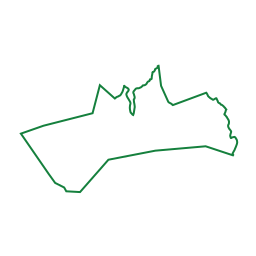 San Pedro, Copán, Honduras, rotated 174°
{"feature_id": "27666195B10717869055207", "entity_name": "San Pedro", "entity_type": "district", "adm_level": 2, "iso_a3": "HND", "parent_name": "Honduras", "parent_adm1": "Copán", "projection": "natural_earth1", "projection_center": [-88.844, 14.614], "detail": "fine", "context": "isolated", "style": "outline", "palette": "green", "viewbox_px": 256, "rotation_deg": 174, "n_neighbors": 0, "source": "geoboundaries", "source_scale": "gbopen_adm2", "svg_char_len": 5116}
<svg xmlns="http://www.w3.org/2000/svg" viewBox="0 0 256 256"><g transform="rotate(174 128 128)"><path d="M235.1,133.6L211.9,91.0L206.2,81.0L197.7,75.5L196.0,71.5L182.4,69.3L150.8,98.5L103.2,102.6L52.7,101.7L25.7,89.5L25.9,89.7L26.0,89.9L26.1,90.1L26.2,90.3L26.4,90.8L26.5,91.2L26.6,91.6L26.6,91.8L26.4,92.0L26.1,92.5L25.9,92.8L25.1,94.0L24.9,94.2L24.6,94.6L24.4,94.9L24.1,95.5L23.5,96.6L22.7,98.0L21.9,99.6L21.3,100.9L21.2,101.2L21.1,101.6L21.0,101.9L20.9,102.3L20.9,102.9L20.9,103.6L21.0,104.5L21.1,104.9L21.2,105.2L21.3,105.4L21.4,105.7L21.7,106.1L21.8,106.2L21.8,106.4L22.0,106.9L22.1,107.2L22.3,107.4L22.5,107.6L22.7,107.8L23.0,107.9L23.1,108.0L23.3,108.0L23.5,108.0L24.3,107.9L24.9,107.8L25.7,107.7L25.9,107.7L26.0,107.6L26.1,107.4L26.3,107.3L26.5,107.3L26.7,107.5L26.8,107.5L26.9,107.8L27.0,108.3L27.1,109.0L27.2,109.4L27.2,109.6L27.1,109.9L26.9,110.6L26.7,111.2L26.6,111.5L26.2,112.3L26.0,112.8L25.9,113.1L25.9,113.4L25.8,113.6L25.8,113.9L25.9,114.1L26.2,114.7L26.6,115.4L27.0,116.1L27.3,116.4L27.5,116.8L27.7,117.3L27.9,117.9L28.0,118.2L28.1,118.4L28.2,118.7L28.2,119.0L28.2,119.4L28.2,119.7L28.2,119.9L28.1,120.2L28.0,120.5L27.9,120.7L27.8,120.9L27.7,121.0L27.5,121.3L27.4,121.4L27.3,121.6L27.2,122.0L27.1,122.3L27.0,122.7L27.0,123.3L26.9,123.7L26.9,124.2L27.0,124.5L27.1,125.0L27.2,125.3L27.3,125.7L28.2,127.5L28.6,128.6L28.8,128.7L29.3,129.6L29.9,130.5L30.2,130.8L30.5,131.1L30.7,131.4L30.7,131.5L30.6,131.8L30.5,132.1L30.3,132.3L30.1,132.6L30.0,132.8L29.6,133.5L29.2,134.4L28.9,135.3L28.8,135.5L28.6,135.7L28.3,136.1L28.6,136.5L28.9,137.0L29.1,137.4L29.5,137.9L29.5,138.1L30.1,138.7L30.3,139.0L30.5,139.4L30.6,139.5L31.8,140.8L32.1,141.0L32.6,141.4L32.8,141.5L33.1,141.5L34.0,142.8L34.1,143.0L34.3,143.1L34.6,143.2L34.8,143.3L35.4,143.8L35.6,144.0L35.8,144.5L35.9,145.1L35.9,145.3L36.0,145.4L36.3,146.4L36.7,147.3L36.8,147.7L36.8,147.9L36.9,148.2L37.0,148.3L37.3,148.4L37.6,148.3L38.4,148.0L39.7,147.4L39.9,147.3L40.2,147.2L40.4,147.2L40.5,147.2L40.7,147.3L41.9,148.3L42.8,148.9L43.0,149.1L43.4,149.5L44.5,150.7L44.8,151.1L45.0,151.3L45.2,152.0L45.4,152.5L45.6,153.2L46.0,154.0L46.2,154.5L46.5,154.9L81.0,146.1L81.3,146.3L81.7,146.9L82.4,147.6L83.0,148.0L84.6,149.1L85.2,149.8L90.7,166.5L91.1,186.7L91.4,186.7L91.6,186.6L91.8,186.4L92.0,186.3L92.0,186.2L92.1,185.8L92.1,185.7L92.2,185.3L92.4,185.0L92.5,184.8L92.6,184.7L92.8,184.6L93.1,184.5L93.8,184.2L94.0,184.1L94.4,184.0L94.6,183.9L94.8,183.7L95.0,183.5L95.1,183.0L95.2,182.7L95.4,182.5L95.5,182.3L95.7,182.0L95.9,181.8L96.1,181.6L96.4,181.3L96.8,181.2L97.0,181.1L97.3,181.1L97.5,181.1L97.8,180.8L97.9,180.6L97.9,180.3L98.0,180.2L98.0,179.7L98.1,179.4L98.2,179.1L98.6,177.9L98.7,177.5L98.9,176.9L99.0,176.3L99.3,174.7L99.4,174.4L99.6,174.3L99.7,174.2L99.9,174.1L100.1,174.1L100.3,174.1L100.5,174.1L100.8,174.1L101.0,174.1L101.2,173.9L101.2,173.6L101.3,173.4L101.3,173.2L101.5,172.9L101.8,172.6L102.0,172.4L102.3,172.3L102.6,172.3L102.9,172.2L103.1,172.1L103.4,171.9L103.8,171.6L104.2,171.1L104.5,170.7L104.8,170.2L105.0,170.0L105.2,169.8L105.5,169.6L105.7,169.4L105.9,169.3L106.2,169.2L106.5,169.0L106.8,168.9L107.3,168.8L108.7,168.8L108.8,168.7L109.0,168.6L109.2,168.3L109.4,168.1L109.6,168.0L110.3,167.5L110.6,167.3L111.2,167.0L111.7,166.9L112.2,166.7L112.6,166.6L112.8,166.5L113.5,166.4L114.1,166.5L114.3,166.5L114.6,166.6L114.9,166.5L115.1,166.5L115.4,166.5L115.7,166.4L116.0,166.3L116.1,166.2L116.3,166.1L118.5,163.9L118.7,163.7L118.8,163.4L118.9,163.1L119.0,162.8L119.0,162.5L119.0,162.3L118.9,161.9L118.6,161.0L118.5,160.6L118.5,160.2L118.4,159.6L118.2,158.6L118.2,158.2L118.2,157.8L118.2,157.5L118.3,157.2L118.4,156.9L118.5,156.6L118.6,156.4L118.8,156.2L119.0,156.1L119.2,155.9L119.3,155.5L119.3,155.1L119.3,154.3L119.3,152.8L119.2,152.0L119.1,150.3L119.1,149.9L119.1,149.0L119.1,148.6L119.1,148.1L119.2,147.8L119.3,147.5L119.8,145.6L120.7,142.2L121.0,141.5L121.3,140.8L121.5,140.4L122.0,140.7L122.7,141.7L123.1,142.3L123.6,142.9L123.6,143.1L123.8,143.4L123.9,143.7L123.9,144.1L124.0,144.6L124.0,145.2L124.1,145.7L124.1,146.3L124.1,147.3L124.1,147.8L124.0,148.4L123.7,150.0L123.5,150.6L123.4,151.0L123.1,151.6L123.0,152.0L123.0,152.3L123.0,152.5L123.0,152.8L123.0,153.0L123.0,153.3L123.2,153.7L123.3,154.1L123.5,154.6L123.7,155.0L124.7,157.2L125.4,158.6L125.8,159.8L125.9,160.2L126.0,160.7L126.1,161.3L126.1,161.6L126.1,161.9L126.0,162.2L125.8,162.5L125.5,163.0L125.1,163.6L124.7,163.9L124.2,164.4L123.9,164.8L123.7,165.0L123.5,165.5L123.3,165.8L123.3,166.0L123.3,166.3L123.4,166.5L123.5,166.8L123.7,167.0L124.1,167.6L124.3,167.8L124.5,167.9L125.7,168.7L126.5,169.2L126.7,169.4L126.8,169.6L126.9,169.8L127.0,170.1L127.2,170.3L127.3,170.3L127.4,170.2L127.5,170.2L127.6,169.9L127.6,169.6L127.6,169.4L127.7,169.2L127.8,169.0L128.5,167.3L128.8,166.7L129.1,165.9L129.4,165.3L129.6,164.8L129.8,164.5L130.3,163.8L131.1,162.7L131.4,162.3L131.9,161.7L132.1,161.5L132.3,161.4L132.5,161.2L132.9,161.1L133.4,160.9L133.7,160.8L134.2,160.5L134.5,160.4L135.7,160.1L136.3,159.9L136.5,159.8L136.9,159.4L137.1,159.3L137.3,159.1L137.6,158.9L138.0,158.7L151.5,173.5L161.7,146.4L211.8,139.1L235.1,133.6Z" fill="none" stroke="#15803d" stroke-width="2"/></g></svg>